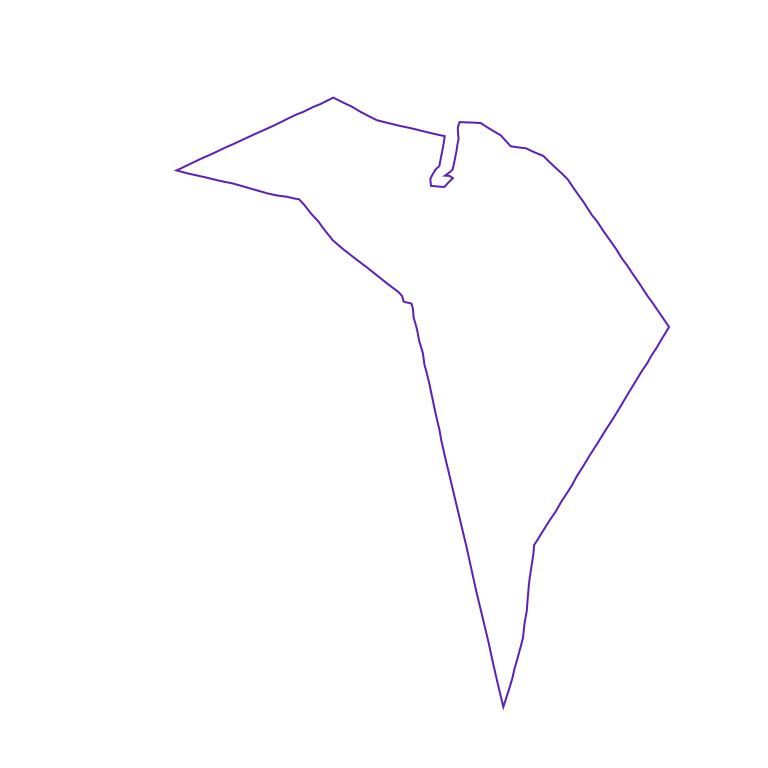 Al-Kaim, Al-Anbar, Iraq (Albers equal-area conic projection), rotated 286°
{"feature_id": "34846034B30812362008382", "entity_name": "Al-Kaim", "entity_type": "district", "adm_level": 2, "iso_a3": "IRQ", "parent_name": "Iraq", "parent_adm1": "Al-Anbar", "projection": "albers", "projection_center": [41.099, 34.433], "detail": "fine", "context": "isolated", "style": "outline", "palette": "violet", "viewbox_px": 768, "rotation_deg": 286, "n_neighbors": 0, "source": "geoboundaries", "source_scale": "gbopen_adm2", "svg_char_len": 2362}
<svg xmlns="http://www.w3.org/2000/svg" viewBox="0 0 768 768"><g transform="rotate(286 384 384)"><path d="M517.4,642.3L518.0,641.5L525.5,632.5L530.7,626.2L535.9,620.0L541.1,613.2L551.9,600.7L558.5,592.6L564.7,585.4L570.5,577.8L578.0,569.6L585.7,560.0L591.5,552.7L599.3,543.7L603.2,537.9L609.0,531.2L614.4,525.1L619.3,518.8L625.1,511.6L631.3,504.3L635.6,496.5L639.7,488.2L643.6,480.7L647.1,474.4L648.3,463.9L649.7,455.4L648.5,448.1L647.4,440.4L651.5,433.6L655.2,427.8L656.6,422.3L658.8,414.0L661.5,405.0L659.8,397.5L658.1,390.7L656.6,384.5L653.3,384.3L650.8,384.3L646.9,385.5L640.3,388.1L634.5,388.6L628.3,389.4L619.3,390.2L609.3,390.9L606.2,389.2L601.1,385.2L602.1,389.5L600.9,393.5L595.7,390.5L590.1,387.8L589.3,384.5L587.4,374.5L594.0,372.0L597.9,372.7L604.3,374.4L608.9,377.2L612.6,376.7L622.5,375.9L631.4,375.1L639.0,374.0L638.4,365.5L637.9,355.3L637.4,340.3L636.5,328.5L636.1,318.2L635.6,304.5L637.2,295.9L639.2,286.2L641.7,276.9L643.5,265.9L645.3,256.3L640.1,250.6L635.3,245.4L630.4,239.1L623.6,231.7L618.8,225.4L613.0,218.9L607.3,212.7L601.7,206.4L595.1,198.7L589.1,191.5L580.9,182.0L573.5,173.5L567.3,166.0L559.3,157.0L550.1,146.0L540.8,135.5L533.2,127.0L532.1,125.7L532.3,136.8L533.4,154.7L534.1,171.3L535.1,183.4L535.1,195.0L535.1,205.0L535.1,212.5L535.1,219.5L535.5,225.8L535.8,229.9L537.2,238.7L537.6,247.0L538.2,251.5L533.5,259.0L527.7,266.9L522.2,276.1L518.1,281.1L513.0,288.1L509.6,293.1L508.2,294.8L502.1,308.1L496.6,321.8L491.5,335.1L486.0,348.4L481.5,359.2L476.4,372.5L473.6,377.1L470.9,378.8L468.8,380.0L468.5,381.7L468.8,385.4L468.8,388.3L464.0,391.2L456.1,394.1L449.6,398.3L443.1,402.0L435.5,405.7L424.5,412.8L413.2,417.8L407.4,421.5L396.4,427.7L369.9,441.7L355.1,450.0L345.8,454.5L331.6,462.3L289.2,486.2L251.6,507.4L249.8,508.4L210.4,529.7L187.5,542.7L164.3,555.8L144.5,566.4L124.0,577.8L106.5,587.7L109.0,587.8L123.7,588.3L136.7,588.5L146.5,587.9L156.1,588.0L168.6,587.8L178.3,587.6L192.5,585.1L205.2,583.8L220.8,580.6L230.5,578.7L238.0,577.5L250.2,575.9L251.1,575.8L261.0,574.6L270.7,572.7L276.0,574.4L284.8,576.8L298.9,580.9L309.1,584.3L319.1,586.7L328.8,589.7L337.9,592.5L348.7,594.8L359.0,597.9L371.7,601.3L385.0,605.3L399.7,609.4L414.1,613.8L427.4,617.5L442.9,621.5L455.1,624.9L467.3,628.2L476.2,631.2L484.8,633.2L493.4,635.9L503.9,638.6L515.9,641.9L516.5,642.1L517.4,642.3Z" fill="none" stroke="#5b21b6" stroke-width="2"/></g></svg>